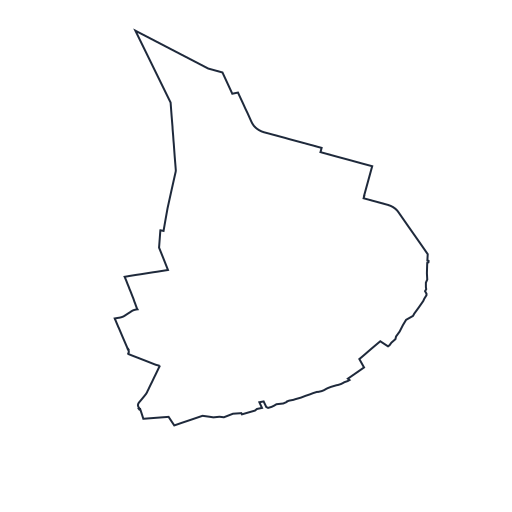 Dronten, Flevoland, Netherlands, rotated 15°
{"feature_id": "6326949B76568763288837", "entity_name": "Dronten", "entity_type": "district", "adm_level": 2, "iso_a3": "NLD", "parent_name": "Netherlands", "parent_adm1": "Flevoland", "projection": "equal_earth", "projection_center": [5.68, 52.514], "detail": "fine", "context": "isolated", "style": "outline", "palette": "slate", "viewbox_px": 512, "rotation_deg": 15, "n_neighbors": 0, "source": "geoboundaries", "source_scale": "gbopen_adm2", "svg_char_len": 5117}
<svg xmlns="http://www.w3.org/2000/svg" viewBox="0 0 512 512"><g transform="rotate(15 256 256)"><path d="M189.3,442.4L192.7,441.2L205.2,436.8L213.2,434.0L217.6,437.9L220.9,440.8L223.6,439.0L227.4,436.4L232.7,432.9L236.6,430.3L245.7,424.2L252.7,423.3L256.6,422.9L262.4,420.7L266.7,420.1L268.2,419.0L274.6,414.3L282.5,411.6L283.4,412.6L286.7,410.6L290.0,408.6L295.0,405.6L296.5,403.5L301.1,401.2L297.1,396.4L301.0,394.5L305.0,399.2L307.0,399.6L310.1,397.7L312.2,395.9L314.1,393.9L320.5,391.4L323.4,389.1L323.5,388.5L325.5,387.1L329.3,385.3L331.1,384.1L336.0,381.2L340.1,378.2L343.9,375.7L346.6,373.7L350.2,371.4L351.0,371.3L354.4,369.5L356.3,368.1L358.4,366.0L359.7,364.9L362.3,363.0L367.2,360.0L368.7,359.3L371.3,357.6L373.4,355.7L373.9,355.1L376.9,353.1L378.4,351.6L376.5,350.7L386.0,339.5L389.2,335.7L382.5,328.8L384.2,326.4L386.8,322.6L391.4,315.8L396.0,309.2L398.1,306.2L406.9,309.1L408.1,307.6L409.2,304.7L412.2,300.2L412.1,297.5L414.3,291.8L415.8,284.7L417.5,278.8L423.1,273.3L423.6,271.6L423.7,270.9L425.1,267.3L426.6,263.4L429.2,256.2L429.6,253.7L430.8,249.8L430.5,248.4L428.4,246.2L429.0,244.0L428.2,242.2L427.0,237.8L427.5,234.4L425.6,228.6L425.3,227.4L423.4,219.3L423.2,218.3L424.2,217.5L424.0,216.2L423.9,216.2L423.7,216.1L423.4,215.9L422.7,216.0L421.4,209.8L412.8,202.5L394.9,187.5L382.1,176.7L381.6,176.3L381.1,175.9L380.6,175.6L380.1,175.2L379.9,175.1L379.6,175.0L379.5,174.9L379.4,174.8L379.2,174.8L379.1,174.7L378.9,174.6L378.6,174.5L378.5,174.4L378.4,174.3L378.2,174.3L378.1,174.2L377.9,174.1L377.7,174.0L377.4,173.9L377.2,173.9L376.8,173.7L376.6,173.6L376.4,173.6L376.2,173.5L376.0,173.4L375.8,173.4L375.7,173.3L375.4,173.2L375.2,173.2L374.8,173.1L374.6,173.1L374.3,173.0L374.0,172.9L373.8,172.9L373.5,172.8L373.2,172.8L372.8,172.7L372.7,172.7L372.4,172.7L372.2,172.7L371.9,172.6L371.7,172.6L371.4,172.6L371.2,172.6L370.9,172.6L370.7,172.5L370.4,172.5L370.2,172.5L345.0,172.4L345.0,169.8L344.8,169.8L345.0,139.2L334.1,139.2L320.2,139.1L314.6,139.1L308.9,139.1L291.4,139.0L291.4,134.6L270.1,134.5L269.2,134.5L263.3,134.5L257.5,134.5L253.6,134.4L251.6,134.4L246.5,134.4L232.6,134.4L231.9,134.4L231.6,134.4L231.3,134.4L231.0,134.4L230.6,134.3L230.2,134.3L229.9,134.3L229.7,134.3L229.2,134.2L228.6,134.1L228.3,134.1L228.0,134.0L227.6,133.9L227.3,133.8L227.0,133.8L226.7,133.7L226.4,133.6L226.2,133.6L225.8,133.5L225.4,133.3L224.8,133.1L224.5,133.0L224.2,132.9L223.9,132.8L223.5,132.6L223.2,132.5L222.9,132.3L222.4,132.1L222.0,131.9L221.8,131.7L221.5,131.6L221.4,131.5L221.1,131.3L220.8,131.2L220.5,131.0L220.3,130.8L220.0,130.6L219.8,130.4L219.5,130.2L219.3,130.0L219.1,129.8L218.9,129.6L218.6,129.4L218.4,129.2L218.2,129.0L218.0,128.8L217.8,128.6L217.6,128.4L217.4,128.1L217.2,127.9L216.9,127.6L210.7,120.0L207.5,116.3L204.4,112.5L201.2,108.7L198.1,105.0L196.3,102.8L191.1,105.4L176.1,87.4L161.3,87.3L81.2,69.6L133.8,129.9L138.0,141.9L141.9,152.8L142.6,155.0L144.9,161.4L146.3,165.5L146.4,165.8L147.5,168.8L151.7,180.9L155.1,190.4L156.4,194.1L156.6,195.4L157.3,212.6L158.2,232.7L159.2,244.5L160.2,255.7L157.0,255.9L157.0,256.1L160.2,273.0L167.4,282.6L174.6,292.3L174.4,292.4L172.1,293.4L168.3,295.1L164.5,296.8L160.7,298.4L149.3,303.5L145.5,305.1L141.7,306.8L137.9,308.5L138.0,308.5L134.5,310.1L137.0,313.3L139.4,316.6L141.7,319.6L141.9,320.0L144.0,322.7L147.3,327.2L147.6,327.6L148.0,328.1L148.5,328.8L149.0,329.5L150.3,331.5L151.5,333.1L152.6,334.7L154.3,337.1L154.4,337.3L154.6,337.5L154.9,337.8L155.0,337.9L155.3,338.2L154.8,338.4L154.1,338.7L153.3,339.1L152.8,339.4L152.4,339.6L152.0,339.9L151.6,340.1L151.4,340.3L151.2,340.5L150.9,340.7L150.6,341.0L150.2,341.4L149.9,341.7L149.5,342.2L149.2,342.6L147.7,344.2L145.2,347.0L144.9,347.4L144.6,347.6L144.4,347.9L144.1,348.2L143.9,348.4L143.6,348.7L143.3,348.9L143.1,349.1L142.8,349.3L142.2,349.7L141.9,349.9L141.6,350.1L141.2,350.3L140.9,350.5L140.5,350.7L140.1,350.9L138.7,351.5L135.7,352.9L136.0,353.3L136.2,353.7L136.5,353.9L139.9,358.3L140.4,358.9L140.6,359.2L141.2,360.0L142.1,361.0L142.8,361.9L148.1,368.7L155.3,377.8L155.9,378.6L156.3,378.6L156.9,379.2L156.5,379.4L156.6,379.5L157.4,380.4L157.5,380.6L157.7,380.8L157.8,381.1L157.9,381.4L158.0,381.7L158.0,382.0L158.0,382.3L157.9,382.6L157.8,383.5L158.0,383.7L161.9,384.2L167.5,384.8L168.6,384.9L168.8,384.9L169.0,385.0L169.3,385.0L169.6,385.0L170.2,385.1L175.8,385.7L184.5,386.7L186.2,386.9L186.6,386.9L187.0,387.0L187.4,387.0L187.9,387.0L188.8,387.0L190.2,387.0L190.9,387.0L191.0,387.0L191.3,386.9L191.5,386.8L191.5,386.7L191.3,388.2L191.3,388.3L191.2,388.5L191.1,389.0L189.7,396.4L189.0,399.9L188.4,403.2L188.0,405.4L187.9,405.7L186.8,411.4L186.6,412.7L186.3,414.0L186.2,414.5L186.1,415.2L186.0,415.9L185.8,416.6L185.6,417.3L185.4,417.9L185.2,418.3L185.0,418.8L184.7,419.5L184.4,420.2L183.5,422.2L181.9,425.7L180.8,428.0L180.7,428.4L180.6,428.8L180.5,429.2L180.5,429.5L180.5,429.9L180.5,430.3L180.6,430.7L180.7,431.0L180.9,431.3L181.1,431.7L181.3,432.0L181.5,432.2L181.8,432.5L182.1,432.8L182.4,433.0L182.8,433.3L182.2,433.8L183.1,434.5L183.8,434.0L184.0,434.4L184.3,434.7L184.5,434.9L184.5,435.0L184.9,435.6L187.0,438.8L189.3,442.4Z" fill="none" stroke="#1e293b" stroke-width="2"/></g></svg>